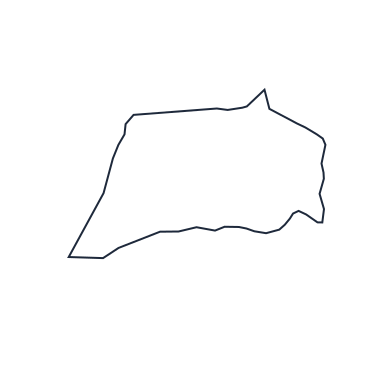 the border of Bled, rotated 327°
{"feature_id": "SVN-1008", "entity_name": "Bled", "entity_type": "Municipality", "adm_level": 1, "iso_a3": "SVN", "parent_name": "Slovenia", "parent_adm1": "", "projection": "albers", "projection_center": [14.045, 46.372], "detail": "fine", "context": "isolated", "style": "outline", "palette": "slate", "viewbox_px": 384, "rotation_deg": 327, "n_neighbors": 0, "source": "natural_earth", "source_scale": "10m", "svg_char_len": 677}
<svg xmlns="http://www.w3.org/2000/svg" viewBox="0 0 384 384"><g transform="rotate(327 192 192)"><path d="M81.4,199.0L53.2,179.4L117.2,144.8L143.9,120.8L155.9,112.4L166.8,106.9L173.3,98.9L185.0,95.5L258.3,135.5L266.6,142.6L280.1,148.7L284.6,150.1L308.5,145.7L302.2,164.4L317.3,191.6L322.2,199.6L328.1,211.7L330.8,218.4L329.6,225.1L316.1,238.7L312.9,247.3L309.8,252.7L298.0,263.0L293.4,278.2L284.7,288.5L280.7,285.8L275.5,273.0L271.1,265.9L265.0,265.1L259.6,267.6L252.0,270.0L244.7,271.1L231.7,266.9L222.9,258.9L217.8,252.3L212.3,246.9L200.4,238.9L190.3,236.9L176.6,224.0L159.2,217.8L143.6,207.9L100.0,198.9L81.4,199.0Z" fill="none" stroke="#1e293b" stroke-width="2"/></g></svg>